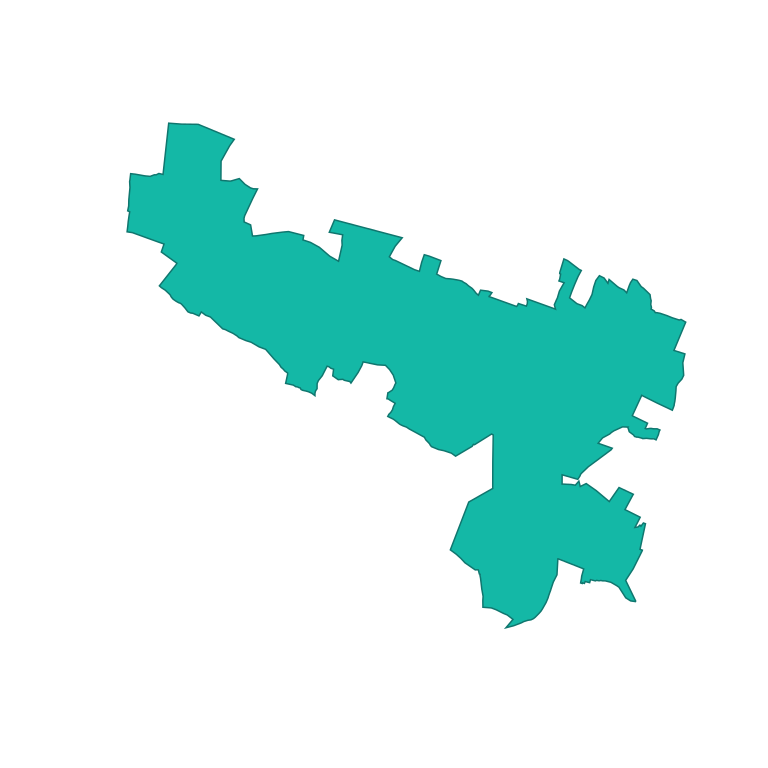 Hoctún, Yucatán, Mexico (Albers equal-area conic projection), rotated 194°
{"feature_id": "50627088B43977727646582", "entity_name": "Hoctún", "entity_type": "district", "adm_level": 2, "iso_a3": "MEX", "parent_name": "Mexico", "parent_adm1": "Yucatán", "projection": "albers", "projection_center": [-89.168, 20.886], "detail": "fine", "context": "isolated", "style": "filled", "palette": "teal", "viewbox_px": 768, "rotation_deg": 194, "n_neighbors": 0, "source": "geoboundaries", "source_scale": "gbopen_adm2", "svg_char_len": 5464}
<svg xmlns="http://www.w3.org/2000/svg" viewBox="0 0 768 768"><g transform="rotate(194 384 384)"><path d="M656.0,585.0L649.1,533.9L653.4,533.8L655.6,531.9L657.5,531.4L661.1,528.9L666.3,528.1L676.2,527.4L680.7,526.8L679.9,520.6L679.8,518.9L678.0,513.1L676.2,501.2L674.8,494.9L674.6,490.0L672.4,489.6L672.1,485.8L671.5,479.8L670.8,475.2L670.1,469.5L664.8,470.0L637.8,467.2L631.3,466.6L632.0,458.2L614.2,451.1L614.6,449.5L625.7,424.9L623.3,423.6L618.9,422.1L613.2,418.9L611.4,416.9L609.2,415.3L605.8,414.0L602.9,413.2L601.4,413.1L599.9,412.6L595.6,409.7L591.7,406.6L588.7,406.1L586.7,406.4L580.0,405.3L578.7,409.7L573.7,407.6L568.6,407.0L553.9,398.5L551.1,398.4L547.8,397.6L543.1,396.7L538.5,395.2L536.0,393.9L533.5,393.5L528.4,392.7L523.2,392.4L514.2,389.8L507.2,389.0L496.8,381.7L490.1,377.5L488.0,375.4L485.3,374.0L483.4,372.6L480.2,371.4L479.9,370.3L479.6,360.8L471.7,361.0L468.8,360.0L467.5,360.3L465.7,359.9L464.3,359.9L463.2,358.6L461.5,358.2L458.1,358.3L455.4,358.2L451.9,357.6L448.2,356.0L448.8,358.6L448.7,360.9L447.8,363.2L449.0,368.3L448.5,371.4L445.9,377.1L445.3,379.8L443.5,387.5L441.5,387.4L439.3,386.4L436.5,386.2L435.7,379.5L429.4,377.1L428.7,377.4L425.0,378.6L423.5,378.0L417.7,378.1L416.3,376.9L411.9,388.9L410.0,396.4L409.6,400.4L394.9,401.0L387.1,402.5L382.0,399.3L377.2,394.9L372.7,387.8L373.2,386.3L373.7,382.7L374.6,379.9L375.5,379.0L377.1,377.2L378.1,376.4L377.6,370.4L376.2,370.5L374.3,369.8L368.5,368.0L369.4,364.3L369.6,360.9L370.6,358.0L372.0,355.7L372.5,353.4L366.8,352.2L365.3,351.7L359.5,349.0L358.4,348.6L355.6,348.0L351.7,347.6L348.7,346.5L340.2,344.3L331.9,342.1L329.9,339.9L326.2,337.6L325.1,336.8L324.4,335.9L324.2,335.8L324.1,335.7L322.8,334.7L315.3,333.6L309.7,333.8L301.9,333.2L297.1,331.3L283.4,344.8L282.6,347.1L281.5,347.0L267.5,361.5L265.7,361.0L259.5,334.4L253.8,311.2L253.2,309.0L273.2,290.0L279.5,239.1L272.9,236.4L267.4,233.5L262.2,230.1L250.5,225.7L248.6,226.3L247.5,226.4L245.5,222.7L244.7,222.6L244.6,221.6L243.3,218.8L239.5,208.7L236.5,202.0L235.7,197.7L234.0,191.3L225.7,192.7L220.6,192.1L212.5,190.3L208.5,189.7L201.9,186.8L206.7,177.0L199.7,180.8L192.8,185.6L190.9,187.3L187.1,189.6L184.4,190.7L182.2,192.5L180.9,194.2L178.1,198.9L176.7,201.6L175.8,204.3L173.9,211.1L173.1,216.1L173.0,218.4L172.8,220.8L172.4,224.4L172.4,225.1L171.9,231.7L171.8,232.9L170.0,240.7L173.0,256.4L172.7,256.5L151.3,253.7L145.5,252.9L145.7,245.4L145.6,244.7L145.4,243.1L145.1,238.5L143.3,238.4L143.2,239.1L141.3,239.0L141.0,241.0L136.4,241.0L136.3,244.1L131.3,244.1L130.2,244.9L127.7,245.1L126.1,245.8L124.3,245.9L121.7,246.5L115.9,246.5L109.6,244.7L106.9,243.7L97.7,235.0L92.2,233.2L87.4,233.7L87.3,234.3L102.0,251.9L97.5,264.9L93.1,284.7L93.1,285.3L95.6,285.5L96.5,311.7L98.7,311.9L100.3,308.2L101.5,309.0L103.0,306.7L105.8,305.5L103.6,314.8L103.2,316.7L119.8,320.4L115.8,336.0L115.4,337.3L130.9,340.4L137.0,324.4L152.3,331.9L163.7,336.3L168.8,332.0L171.4,336.9L173.9,332.1L178.0,331.8L181.9,331.0L187.0,330.0L189.2,339.0L172.9,338.4L171.6,342.2L171.4,343.9L170.7,345.3L165.7,353.2L147.7,375.1L147.0,376.9L161.9,378.3L158.9,384.6L152.9,390.1L151.6,392.0L149.6,394.2L142.2,400.1L136.9,401.2L137.0,401.0L135.5,398.7L134.7,397.3L134.3,396.9L129.5,394.9L128.2,393.7L125.7,393.6L124.8,393.9L120.6,393.8L119.7,393.6L116.2,394.8L112.1,395.3L108.7,396.1L106.5,395.6L105.5,401.2L105.5,404.6L105.1,406.1L108.1,406.6L111.9,405.7L113.6,405.6L115.1,405.3L118.5,403.9L119.8,404.0L118.8,409.7L134.9,413.1L135.4,413.3L132.5,428.6L131.4,434.3L131.2,435.4L130.6,435.2L114.5,431.6L97.9,428.3L97.5,431.3L97.3,433.5L97.5,434.6L97.6,437.5L98.0,440.9L99.1,448.0L99.9,452.1L98.8,456.0L96.2,460.7L95.3,464.9L99.2,476.9L99.3,486.0L110.8,486.7L106.2,517.0L111.4,518.5L113.0,517.5L120.4,518.0L125.9,518.8L128.3,519.0L133.2,519.4L136.6,519.2L138.0,518.9L139.4,520.2L139.5,520.3L142.4,521.2L143.0,521.3L143.0,523.0L144.4,525.7L144.9,529.4L146.0,531.4L147.5,535.1L155.4,539.7L158.0,540.7L163.6,545.6L167.9,545.9L169.3,542.1L169.8,539.2L170.6,531.2L173.9,533.3L179.2,534.3L181.3,535.1L190.9,539.9L191.1,535.9L196.1,540.1L201.2,541.2L203.5,535.7L204.0,529.2L204.0,528.5L203.8,521.2L205.1,515.1L206.5,510.1L207.4,506.5L210.8,508.0L216.2,508.6L224.8,512.5L224.2,518.6L223.1,526.8L221.7,535.2L220.0,541.9L222.4,542.4L234.5,547.7L235.9,548.2L239.7,548.9L240.4,534.7L240.2,533.6L239.2,533.4L239.1,531.5L238.9,528.4L239.2,526.3L233.7,525.8L234.9,521.7L236.3,516.6L236.6,509.3L237.0,507.6L237.9,502.1L235.7,498.1L236.3,498.2L236.5,498.2L237.3,498.3L266.0,501.2L264.8,498.9L264.4,496.4L264.7,494.0L273.1,494.6L273.4,492.8L274.1,491.3L300.7,494.0L303.2,494.2L303.1,495.0L302.5,495.7L301.4,498.8L305.5,499.3L313.0,498.4L313.9,493.0L316.5,494.3L320.1,497.1L321.9,498.2L325.8,499.7L328.6,501.2L331.3,501.9L333.2,502.7L335.9,502.8L338.0,502.7L342.3,502.4L344.8,502.1L349.6,501.3L354.7,502.1L359.5,503.4L358.6,517.5L371.0,519.0L376.2,519.2L376.9,511.2L376.9,501.9L382.0,502.3L402.9,506.6L405.6,506.8L409.6,508.7L406.5,520.3L401.7,530.3L471.7,531.3L473.8,518.0L465.7,518.5L460.2,518.8L459.6,513.2L458.2,508.6L457.8,492.1L467.6,494.9L479.8,501.0L489.6,503.6L497.5,504.2L497.8,508.7L513.5,508.8L518.7,507.0L529.1,503.0L534.5,500.6L544.2,496.7L547.4,495.8L551.2,504.5L551.9,506.1L558.9,507.4L559.9,510.8L559.9,513.5L556.2,532.5L553.9,542.7L558.1,541.8L561.1,542.0L567.2,544.1L574.1,548.3L581.5,544.0L582.6,543.6L590.5,542.3L591.5,542.2L591.8,543.3L596.0,560.8L591.4,577.8L588.5,585.2L627.1,591.0L643.2,587.2L656.0,585.0Z" fill="#14b8a6" stroke="#0f766e" stroke-width="1.5"/></g></svg>